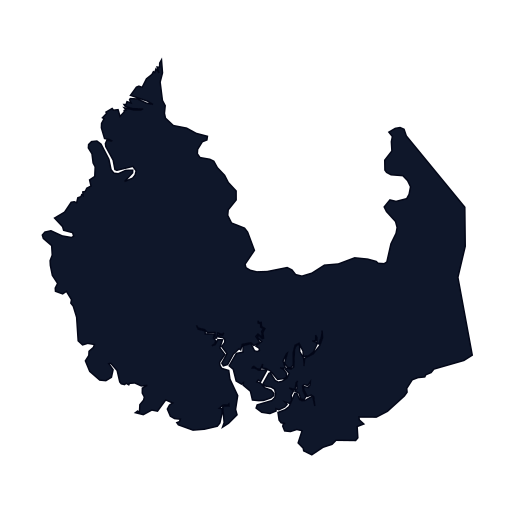 Alianza, Valle, Honduras, rotated 86°
{"feature_id": "27666195B71822643652972", "entity_name": "Alianza", "entity_type": "district", "adm_level": 2, "iso_a3": "HND", "parent_name": "Honduras", "parent_adm1": "Valle", "projection": "albers", "projection_center": [-87.707, 13.447], "detail": "fine", "context": "isolated", "style": "filled", "palette": "ink", "viewbox_px": 512, "rotation_deg": 86, "n_neighbors": 0, "source": "geoboundaries", "source_scale": "gbopen_adm2", "svg_char_len": 6125}
<svg xmlns="http://www.w3.org/2000/svg" viewBox="0 0 512 512"><g transform="rotate(86 256 256)"><path d="M444.5,167.1L433.2,167.0L431.1,160.2L426.7,164.4L423.8,164.6L425.1,147.2L420.1,135.7L406.0,117.8L402.4,114.8L398.6,114.9L390.4,108.8L388.6,102.9L388.4,96.1L386.3,94.9L384.5,89.5L381.2,86.4L374.7,55.9L370.0,47.2L291.4,56.1L260.9,46.6L221.9,44.3L146.7,97.7L139.9,99.5L137.9,103.3L138.4,108.2L141.7,114.8L146.3,111.6L151.4,113.0L160.7,113.1L169.4,120.9L179.3,121.4L181.7,119.9L184.4,115.6L186.1,103.9L191.4,99.5L197.7,97.0L205.2,99.0L209.3,101.7L211.3,112.5L209.4,118.5L216.0,124.7L220.8,122.7L231.3,114.4L237.4,113.2L243.2,114.7L253.2,120.5L271.1,125.9L272.6,128.7L271.8,134.7L269.8,136.5L266.9,144.8L264.7,157.7L269.7,174.4L269.9,188.4L277.0,201.4L279.3,211.6L277.3,217.8L272.4,221.1L269.7,225.7L272.3,245.9L271.9,256.3L269.8,262.8L267.0,266.8L263.4,267.5L250.3,257.2L231.6,262.7L227.4,265.5L221.4,278.1L213.5,281.4L208.0,280.5L198.7,271.9L189.7,271.3L180.8,278.5L173.3,281.7L165.2,288.4L158.5,291.5L156.3,295.3L153.9,305.0L149.9,307.4L145.5,306.8L138.3,301.6L136.8,296.9L133.2,296.1L129.5,307.1L123.6,316.3L120.1,329.4L112.2,336.7L107.3,337.4L99.7,336.1L94.3,338.5L75.8,339.5L66.8,336.5L53.8,336.6L56.8,338.6L61.0,339.0L60.6,341.5L66.6,339.9L62.5,342.8L65.9,344.2L65.0,345.5L67.6,347.1L71.6,352.9L79.8,357.8L78.4,361.0L79.2,363.5L87.0,370.0L93.8,353.7L97.6,348.2L96.0,354.4L91.1,363.4L90.2,370.4L91.2,371.2L94.7,369.9L93.0,373.9L95.9,375.1L95.7,377.1L97.5,376.1L100.4,368.8L101.4,358.4L102.5,361.2L102.1,366.7L99.0,377.1L101.3,375.4L101.7,377.4L103.0,377.3L107.3,381.9L100.4,383.4L100.6,388.0L98.8,389.2L102.0,395.6L103.3,395.0L107.4,399.5L108.4,397.9L112.9,400.8L117.3,401.3L128.2,398.9L129.6,394.0L131.5,391.2L130.2,396.7L133.4,398.4L136.4,398.2L150.4,391.8L159.9,390.7L160.8,388.9L158.0,372.6L162.7,369.6L166.9,371.0L169.7,373.6L172.6,382.0L164.4,373.3L161.8,373.0L161.5,380.0L164.3,387.6L163.5,392.0L159.7,394.6L149.3,396.0L133.6,402.8L130.2,406.7L130.4,412.1L133.1,415.2L136.5,415.7L142.6,412.5L151.8,412.0L155.8,410.2L165.4,411.3L168.5,416.7L174.7,415.7L176.6,420.1L179.7,421.8L180.0,424.3L183.7,424.3L182.7,425.6L184.6,426.5L185.5,429.7L190.4,431.2L189.2,433.5L189.5,436.6L198.9,443.9L204.1,454.3L213.2,446.9L216.9,446.1L219.9,437.3L223.6,436.5L224.7,438.8L222.4,448.0L216.5,458.8L217.4,464.9L220.2,467.7L223.7,466.9L231.4,459.1L240.9,459.2L246.3,461.7L251.0,461.8L261.1,460.5L269.5,455.8L274.0,458.5L277.2,458.5L280.3,451.5L278.0,447.6L286.7,443.1L290.1,444.0L293.3,441.8L304.6,439.2L328.2,439.3L332.6,435.2L331.4,430.0L333.0,423.3L335.9,424.6L339.4,429.2L343.6,429.7L348.7,433.5L359.5,429.9L368.9,420.5L369.9,414.5L366.9,408.7L359.5,406.5L353.1,410.4L352.9,408.3L360.5,402.5L372.1,400.7L374.1,399.3L375.1,396.1L373.9,394.4L375.6,391.9L374.2,391.1L374.2,385.8L377.6,379.5L377.4,373.4L379.9,378.6L384.8,379.0L388.9,377.2L392.0,378.2L396.2,382.2L403.9,383.2L402.4,384.9L403.9,387.2L406.4,379.5L402.4,370.7L403.9,365.1L393.3,356.1L396.8,349.3L398.7,352.7L402.5,355.1L409.8,352.6L412.5,348.6L413.5,342.8L415.9,343.9L416.7,346.6L419.0,345.2L425.3,331.0L425.2,319.6L423.1,306.5L420.1,303.7L409.8,300.6L406.0,300.5L405.3,303.3L402.3,299.1L402.8,294.5L401.7,293.4L403.7,293.2L403.4,298.0L404.6,299.7L420.0,299.4L424.4,301.3L420.9,295.0L413.1,286.0L407.6,287.1L394.0,284.0L377.0,290.6L368.3,291.2L365.7,298.1L362.4,299.7L359.3,299.7L352.1,294.0L345.1,298.5L337.3,295.2L336.8,299.9L341.6,302.9L342.5,306.3L340.6,303.3L337.9,302.0L334.8,304.2L331.1,302.9L330.2,312.1L327.2,312.0L325.0,318.8L321.0,320.3L323.9,318.6L325.8,312.5L328.9,309.8L329.4,302.2L335.1,302.5L335.1,300.9L330.1,299.4L331.9,295.3L330.5,293.5L332.7,294.8L332.0,299.5L334.1,298.9L335.2,294.5L337.1,292.9L340.0,293.2L343.9,296.5L351.4,291.7L360.5,297.6L363.3,296.2L362.3,291.9L352.3,285.5L347.3,279.4L348.6,277.8L343.2,275.9L342.1,267.1L345.1,264.4L342.5,258.4L336.2,261.8L334.0,259.5L337.6,255.1L331.8,255.7L328.9,253.8L327.3,256.3L323.9,256.1L323.1,258.5L320.7,258.4L322.8,257.6L322.6,255.4L326.8,255.4L329.0,252.2L332.6,254.4L338.6,254.2L338.9,255.7L336.0,258.1L335.6,260.1L338.0,259.9L341.6,256.2L346.0,262.3L348.2,259.3L350.5,259.1L351.4,261.5L350.5,264.1L343.1,267.3L344.5,275.1L351.0,275.7L351.8,282.3L363.7,290.4L367.4,286.6L379.3,284.5L382.8,279.4L381.5,277.4L383.8,277.9L390.5,271.0L399.4,269.6L400.5,263.4L400.6,258.5L398.6,251.1L396.7,248.4L394.4,247.8L391.0,250.1L388.0,256.7L383.1,260.4L381.6,264.0L379.7,262.4L381.6,260.1L370.3,252.9L370.2,261.3L367.5,265.1L367.5,267.6L366.4,267.1L365.9,265.8L368.5,263.0L369.1,259.5L364.2,256.9L368.2,257.7L368.9,253.9L371.7,249.6L380.6,243.0L380.2,236.2L378.6,233.9L375.1,233.8L371.1,236.4L369.1,239.8L370.0,236.6L369.1,234.7L362.7,236.4L355.6,232.4L355.0,231.5L365.0,235.0L369.3,232.1L370.0,229.4L367.3,226.4L354.9,225.6L347.7,223.2L346.0,219.1L354.3,215.7L359.6,215.8L359.2,210.7L355.9,205.6L348.8,201.6L346.3,202.0L344.8,205.8L344.5,202.4L339.1,202.0L341.9,200.8L347.6,201.1L348.1,199.5L341.2,196.3L334.9,195.2L342.3,195.3L349.9,198.7L357.6,205.7L361.4,214.6L369.2,215.8L361.6,215.6L354.3,219.1L348.4,218.7L347.3,220.3L348.9,222.7L351.8,224.1L369.5,226.1L371.4,229.0L370.1,233.3L370.8,234.6L375.5,231.0L380.0,233.7L382.8,238.5L383.4,242.6L381.5,245.6L373.5,250.0L374.0,251.3L384.0,257.9L386.2,256.3L387.9,249.9L390.2,246.7L394.7,246.0L398.6,247.1L401.3,250.1L404.6,265.2L407.7,266.5L412.3,261.2L414.1,253.1L412.0,246.8L409.7,246.7L411.0,243.9L408.6,237.8L406.3,235.4L403.3,237.7L405.2,233.1L402.6,230.5L397.2,230.6L393.1,227.9L390.0,232.1L391.9,226.4L385.4,224.9L383.4,223.2L386.0,224.4L391.0,224.2L393.5,226.7L395.7,222.8L401.4,221.3L402.9,218.4L399.8,216.1L393.9,218.4L388.8,218.7L387.5,217.0L388.8,213.4L385.1,210.5L388.6,211.0L390.9,213.2L389.6,217.2L392.0,217.9L399.7,214.6L398.5,210.6L400.5,208.2L409.8,207.8L399.7,209.3L403.6,217.3L403.5,220.5L402.3,222.5L396.2,224.8L395.7,226.8L408.6,233.5L411.4,237.7L413.6,245.0L421.3,244.4L424.2,242.5L425.1,238.4L425.4,240.4L427.6,241.2L432.5,239.6L433.5,233.9L431.9,227.4L433.5,222.2L445.4,227.0L451.0,222.3L453.7,222.0L458.2,214.2L451.5,202.5L449.1,193.2L445.4,189.0L447.0,169.5L444.5,167.1Z" fill="#0f172a" stroke="#020617" stroke-width="1.5"/></g></svg>